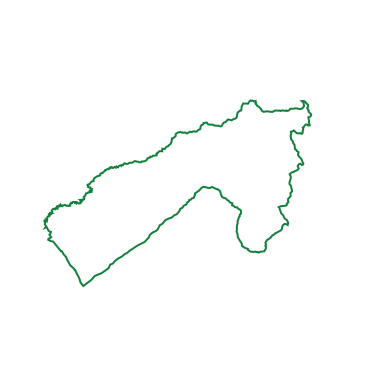 Acacías, Meta, Colombia (Robinson projection), rotated 131°
{"feature_id": "7082276B9890611779462", "entity_name": "Acacías", "entity_type": "district", "adm_level": 2, "iso_a3": "COL", "parent_name": "Colombia", "parent_adm1": "Meta", "projection": "robinson", "projection_center": [-73.729, 4.023], "detail": "fine", "context": "isolated", "style": "outline", "palette": "green", "viewbox_px": 384, "rotation_deg": 131, "n_neighbors": 0, "source": "geoboundaries", "source_scale": "gbopen_adm2", "svg_char_len": 6064}
<svg xmlns="http://www.w3.org/2000/svg" viewBox="0 0 384 384"><g transform="rotate(131 192 192)"><path d="M97.3,126.8L96.9,128.2L95.3,131.0L95.0,134.4L94.4,136.4L92.1,137.6L92.3,139.8L91.8,141.0L92.0,142.6L89.3,145.3L88.6,147.9L87.7,148.9L87.1,152.1L86.2,152.8L85.0,154.4L82.6,155.6L81.9,156.9L81.5,156.9L80.3,155.9L78.7,155.5L78.9,151.7L78.3,150.5L76.3,148.5L76.2,147.3L74.6,147.3L73.2,148.8L72.4,148.8L71.5,149.3L70.7,150.6L69.8,150.2L69.2,150.5L66.5,150.5L65.8,150.0L65.4,147.6L64.4,146.9L62.7,149.6L61.7,150.2L59.3,153.2L57.4,152.2L55.7,152.5L55.2,153.4L55.0,156.4L54.7,157.0L53.8,157.5L53.7,158.7L52.9,160.3L51.6,160.2L50.2,161.6L49.7,166.6L50.7,168.3L51.4,168.8L51.3,166.6L53.6,163.8L56.4,163.6L58.2,164.4L60.8,168.7L62.5,170.0L64.7,172.4L67.0,172.4L68.8,173.7L68.7,174.4L69.7,175.1L71.2,177.4L72.9,178.5L72.9,179.2L74.4,180.6L75.1,181.9L75.9,182.6L78.9,183.9L82.1,188.6L84.5,190.5L84.9,192.3L84.1,194.6L83.8,197.4L84.2,199.3L83.8,200.5L83.8,201.6L83.3,202.3L82.6,202.1L82.4,203.1L81.6,203.7L82.9,204.6L83.3,206.3L84.3,207.1L84.4,207.8L85.5,208.1L88.6,207.7L91.6,211.4L94.8,210.7L98.2,208.3L99.3,209.3L102.2,209.6L106.8,207.1L108.4,207.6L110.0,208.6L111.8,209.0L113.1,211.6L113.9,212.5L117.0,212.5L118.6,213.4L119.9,213.5L123.0,212.9L123.9,213.6L124.5,215.3L127.2,218.7L127.5,220.3L130.4,224.1L129.9,226.5L132.5,228.5L133.0,228.0L134.1,228.1L135.1,228.7L136.6,228.6L139.2,227.1L141.4,228.1L142.8,228.0L144.1,228.7L144.8,230.3L147.2,231.7L147.8,233.1L151.1,234.2L151.6,236.3L153.1,237.5L153.3,238.3L154.1,239.1L154.2,240.0L156.0,241.4L158.3,242.3L159.1,242.2L160.4,241.1L162.2,241.2L163.9,241.7L164.6,242.3L165.4,241.6L166.2,241.5L167.0,240.6L170.1,239.7L172.2,240.2L173.0,240.0L173.8,240.6L175.6,241.0L177.2,240.8L177.8,241.2L178.8,242.8L180.2,242.0L180.8,241.2L182.3,243.1L183.4,243.6L184.9,243.4L185.8,244.0L186.6,243.9L187.2,242.8L187.6,242.7L190.3,245.3L191.1,245.2L191.9,245.6L192.7,246.7L193.4,246.3L195.7,247.7L197.3,247.2L199.0,247.5L200.4,248.3L201.9,250.0L202.9,249.9L204.0,251.0L204.4,252.4L205.3,253.4L205.5,254.4L206.3,255.5L209.2,256.4L210.9,258.4L212.8,258.9L213.9,260.0L214.4,261.5L214.8,261.9L216.9,261.7L217.4,262.6L218.7,262.5L218.8,263.4L220.2,264.2L221.1,264.4L221.7,264.0L222.0,264.7L222.7,265.0L222.5,265.8L223.1,265.8L223.2,265.3L223.5,265.3L223.9,266.9L225.1,267.1L225.9,267.7L225.7,268.3L226.3,269.5L227.4,269.1L227.9,270.2L229.4,269.8L230.5,271.1L231.6,271.2L232.3,271.9L233.4,271.4L234.2,271.9L236.4,272.0L237.0,272.7L238.6,273.1L239.4,272.3L240.0,272.3L242.1,273.8L243.1,274.2L244.0,274.2L245.3,274.9L247.5,274.2L248.5,273.4L249.5,274.4L251.0,274.8L253.1,274.5L255.0,275.6L255.5,275.4L255.5,274.2L256.4,273.7L256.1,272.7L255.2,271.8L256.0,270.9L255.3,269.5L256.1,269.2L256.5,268.7L257.9,269.9L258.1,269.3L257.5,268.4L257.8,267.9L259.8,269.2L260.2,270.1L261.2,270.1L262.7,271.1L264.8,270.2L266.8,270.5L267.4,269.1L268.3,268.7L269.1,268.9L269.7,269.9L270.7,270.4L271.5,271.3L271.6,270.2L271.2,269.1L271.6,268.9L272.2,270.1L273.7,268.8L275.0,269.9L275.2,271.3L276.4,271.6L276.1,272.4L277.1,273.2L276.9,273.5L276.0,273.4L277.3,275.0L278.1,275.5L278.9,275.2L279.4,276.1L280.1,275.6L280.9,276.1L281.8,275.9L282.3,274.9L282.6,275.0L283.0,275.9L283.7,276.2L283.9,276.9L284.5,277.2L284.9,278.3L284.9,279.0L285.4,279.7L286.1,279.9L287.1,280.9L287.3,280.4L287.8,280.5L287.9,281.6L288.7,281.7L288.8,282.2L288.1,283.1L289.0,283.1L289.1,282.5L289.5,282.4L289.9,282.7L289.7,283.4L290.9,283.4L291.0,284.2L291.3,284.4L291.9,283.2L292.5,283.7L292.9,283.0L293.4,284.3L293.8,284.3L293.9,283.6L294.7,283.7L295.3,285.3L296.1,285.5L296.5,285.9L298.2,285.5L298.5,284.5L299.9,284.4L299.8,283.8L300.6,284.4L300.4,285.0L301.0,285.5L301.6,285.3L301.4,284.7L302.1,285.1L302.0,284.3L302.9,285.0L303.5,284.6L303.7,283.0L304.0,284.5L305.4,284.8L306.2,284.2L307.3,284.0L307.6,284.3L307.7,283.3L308.9,282.6L308.6,283.6L309.7,283.5L309.8,284.5L310.3,284.5L310.4,283.5L311.1,283.7L311.2,282.7L312.8,282.0L313.7,279.5L315.1,279.3L313.8,278.8L315.3,274.9L315.1,273.1L314.7,272.2L316.8,271.4L317.7,271.6L318.5,268.7L319.9,268.9L321.6,269.6L322.4,269.2L322.1,267.4L320.5,264.1L322.7,252.0L322.0,251.5L323.3,247.8L323.7,244.3L324.8,242.4L327.2,235.8L327.3,230.5L327.9,229.4L327.5,228.8L328.4,227.4L330.4,222.0L331.7,219.4L333.5,216.7L334.3,212.4L324.3,210.3L319.2,210.3L312.3,206.9L304.1,204.9L300.5,206.1L298.0,204.8L294.3,204.8L291.6,204.4L286.8,202.6L283.2,202.1L280.6,201.0L277.2,200.5L267.9,197.9L260.5,194.9L254.4,194.8L252.6,195.6L250.0,195.5L247.5,194.8L245.3,193.7L243.0,193.3L238.2,194.5L235.5,193.5L230.6,193.6L227.6,192.3L224.5,190.5L221.0,190.1L219.3,189.1L218.2,188.9L214.3,189.1L212.3,189.9L210.3,188.9L208.0,189.3L205.1,188.1L203.1,188.8L201.3,188.2L200.0,188.9L198.6,187.9L196.9,187.9L196.0,187.2L194.8,186.9L193.3,187.7L192.2,187.8L191.1,188.8L186.3,187.6L182.3,187.5L181.2,187.1L179.6,185.2L178.4,182.6L177.2,181.1L174.9,180.1L174.2,176.8L173.1,174.3L172.9,172.1L173.0,171.2L175.0,168.3L176.1,165.7L174.7,162.4L174.9,160.1L174.6,158.6L174.9,156.3L174.0,154.1L175.8,153.0L175.1,151.3L175.3,149.7L174.1,148.0L174.2,145.4L173.8,143.9L174.0,142.8L176.2,140.9L177.9,141.0L179.1,140.0L180.3,140.0L183.2,138.7L184.0,138.6L185.4,137.2L188.5,135.6L191.0,133.4L192.7,132.3L193.9,129.9L195.5,128.5L196.3,127.2L198.3,120.6L199.8,119.0L199.7,116.3L198.3,112.3L199.0,111.7L198.6,108.7L196.8,106.2L195.4,105.1L195.2,104.1L194.2,103.3L194.2,102.1L192.2,101.2L189.4,98.6L186.3,99.1L184.9,100.2L184.6,101.3L183.2,101.5L182.2,103.3L179.3,103.9L175.4,102.8L172.3,102.9L169.7,102.0L168.7,102.1L162.9,99.8L161.1,99.8L159.7,100.8L157.6,101.5L156.3,101.5L155.2,100.9L154.5,100.0L154.1,98.1L152.1,99.4L151.5,100.5L151.0,102.1L151.2,104.6L149.8,107.7L149.6,110.6L146.6,115.8L146.5,116.6L144.3,115.6L141.3,112.6L139.8,111.9L138.8,112.8L136.5,112.5L135.7,113.7L134.1,115.0L130.5,114.8L128.2,117.0L125.8,116.9L122.4,121.5L122.0,123.7L120.6,124.8L116.3,126.8L115.1,128.3L114.5,130.0L111.6,129.5L110.3,128.4L108.7,128.1L106.3,126.8L104.2,126.9L103.1,129.3L101.1,129.6L99.6,128.9L99.6,127.0L99.2,126.5L98.3,126.2L97.3,126.8Z" fill="none" stroke="#15803d" stroke-width="2"/></g></svg>